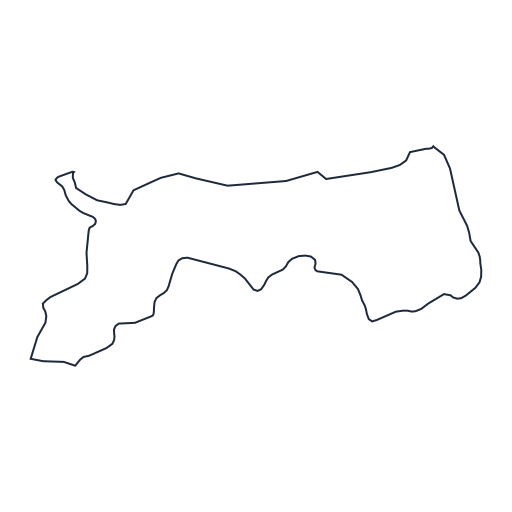 SVG path tracing the border of Tottori
{"feature_id": "JPN-1825", "entity_name": "Tottori", "entity_type": "Prefecture", "adm_level": 1, "iso_a3": "JPN", "parent_name": "Japan", "parent_adm1": "", "projection": "albers", "projection_center": [133.728, 35.325], "detail": "fine", "context": "isolated", "style": "outline", "palette": "slate", "viewbox_px": 512, "rotation_deg": 0, "n_neighbors": 0, "source": "natural_earth", "source_scale": "10m", "svg_char_len": 2053}
<svg xmlns="http://www.w3.org/2000/svg" viewBox="0 0 512 512"><path d="M73.9,172.1L73.0,173.0L72.8,177.8L74.8,182.5L76.1,188.0L85.8,194.4L97.2,200.3L107.3,202.4L113.8,204.0L120.1,204.9L125.7,204.0L133.5,190.3L150.2,182.6L160.9,177.8L178.6,173.4L195.6,178.3L227.6,185.7L286.1,181.0L317.5,171.9L326.1,179.0L371.2,172.1L391.9,167.8L399.8,165.0L406.1,160.5L410.0,152.1L425.8,148.8L428.9,148.7L431.9,148.0L433.3,146.3L434.3,147.3L444.0,154.8L450.0,168.5L459.3,210.4L467.1,225.8L469.1,232.5L470.6,241.0L478.4,252.7L479.7,256.7L480.2,260.0L480.3,263.2L481.3,270.1L481.1,276.8L479.5,282.3L475.4,287.8L465.9,295.5L461.2,298.2L457.3,298.7L453.0,297.4L450.6,295.3L444.0,294.1L428.5,303.4L421.2,308.9L415.6,311.2L411.7,311.6L407.8,310.7L402.8,310.7L395.8,311.7L376.8,320.0L372.1,321.4L368.8,319.1L366.9,314.0L365.9,309.1L364.7,305.5L362.0,300.2L360.6,295.5L358.0,289.1L352.1,282.0L341.5,274.7L317.2,271.3L315.5,270.1L315.0,269.0L314.5,267.1L315.4,264.4L315.5,262.5L315.0,259.8L310.8,256.5L305.4,255.6L298.8,256.1L292.0,258.8L288.3,262.1L285.9,266.4L282.8,269.6L272.1,274.5L268.4,277.3L266.1,280.9L264.2,284.9L261.1,289.3L257.6,290.9L253.6,289.6L244.9,278.5L240.3,274.5L235.6,271.2L228.9,268.5L187.5,257.7L182.3,258.2L178.4,260.5L176.3,264.1L172.2,273.9L168.6,286.3L166.9,290.1L163.9,293.0L160.3,295.1L156.5,298.0L154.6,301.8L154.0,307.4L153.9,311.2L153.6,313.9L152.7,315.6L151.0,316.4L135.0,322.8L118.7,323.6L115.5,326.1L114.0,329.5L114.1,333.1L114.5,336.5L114.1,340.1L112.4,343.8L106.5,348.0L89.2,355.7L83.4,357.0L80.2,359.6L75.2,365.7L63.8,361.9L43.1,361.2L30.7,358.8L37.3,337.1L45.4,322.8L46.3,316.3L45.3,311.5L43.3,307.9L42.9,303.6L46.3,300.2L50.5,297.0L77.9,283.9L85.0,278.6L87.2,273.3L87.3,266.0L86.5,252.8L88.7,230.7L89.5,227.9L91.1,226.8L92.5,226.2L95.0,224.1L95.8,221.9L95.6,220.0L94.8,218.6L94.0,217.9L93.0,217.0L83.4,213.1L79.5,210.8L71.3,204.0L68.7,200.9L65.9,195.7L65.3,193.8L64.4,190.4L63.6,188.8L62.7,187.2L61.5,185.8L57.7,182.9L56.5,181.5L55.5,179.8L56.8,178.0L58.4,176.8L72.6,171.7L73.9,172.1Z" fill="none" stroke="#1e293b" stroke-width="2"/></svg>